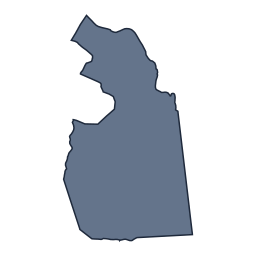 the district of Vanard, Anse-la-Raye, Saint Lucia
{"feature_id": "8701671B51566327672106", "entity_name": "Vanard", "entity_type": "district", "adm_level": 2, "iso_a3": "LCA", "parent_name": "Saint Lucia", "parent_adm1": "Anse-la-Raye", "projection": "mercator", "projection_center": [-60.995, 13.938], "detail": "fine", "context": "isolated", "style": "filled", "palette": "slate", "viewbox_px": 256, "rotation_deg": 0, "n_neighbors": 0, "source": "geoboundaries", "source_scale": "gbopen_adm2", "svg_char_len": 3978}
<svg xmlns="http://www.w3.org/2000/svg" viewBox="0 0 256 256"><path d="M80.5,74.0L90.5,78.4L98.4,81.9L99.1,82.3L99.7,82.6L100.5,83.1L100.8,83.5L101.1,84.1L101.1,84.5L101.2,85.1L101.2,85.4L101.1,85.7L101.0,86.1L101.0,86.4L101.0,86.6L101.0,86.8L101.2,87.1L101.3,87.4L101.5,87.8L101.6,88.1L102.0,88.8L102.1,89.1L102.5,90.0L102.7,90.4L102.8,90.5L102.9,90.8L103.2,91.9L104.4,92.3L106.5,93.1L109.2,94.1L110.2,94.7L113.3,96.5L114.4,99.6L115.0,101.1L115.2,101.8L114.4,109.2L112.0,111.3L110.3,112.8L106.7,115.9L97.8,124.2L84.8,123.9L79.1,121.5L76.7,120.5L76.5,120.4L74.5,119.9L73.3,119.6L73.2,119.6L73.3,120.0L73.4,120.4L73.2,120.7L72.9,121.4L72.7,121.7L72.5,122.1L72.4,122.5L72.5,122.6L72.6,122.8L72.8,123.4L73.0,123.7L73.4,124.9L73.6,125.3L73.8,126.9L73.9,127.3L74.0,127.9L73.8,128.9L73.7,129.8L73.0,131.3L72.8,131.8L72.6,132.1L72.2,132.7L71.6,133.7L70.8,134.7L70.2,135.3L69.8,136.0L69.6,136.4L69.8,137.6L70.3,138.9L70.3,139.1L70.3,139.7L70.2,140.5L69.7,141.7L69.7,142.1L69.8,143.0L69.8,143.5L70.3,144.5L71.3,146.2L71.8,147.0L72.1,147.4L72.1,148.2L72.2,148.7L72.0,149.0L71.5,149.8L70.7,150.9L69.3,152.5L68.8,153.4L68.1,155.8L67.9,156.1L67.5,157.0L67.5,157.9L67.3,159.2L66.8,160.5L66.7,161.0L66.3,161.7L65.6,163.2L65.5,165.2L66.1,167.0L66.3,167.7L66.4,168.1L66.6,168.9L66.3,169.2L65.5,170.1L65.0,171.5L64.9,172.7L64.8,173.3L64.6,174.1L64.4,175.2L64.2,176.8L64.1,177.2L63.8,178.5L63.6,179.1L63.7,179.5L70.0,199.0L79.4,227.7L79.8,229.0L79.9,229.5L91.9,238.8L95.1,239.0L98.2,239.1L101.2,239.4L102.4,239.0L103.2,238.5L106.1,238.7L108.3,239.0L110.7,239.5L113.5,239.6L115.8,239.4L117.5,239.5L119.5,240.0L119.8,240.0L119.8,240.4L120.0,240.2L122.1,239.8L123.2,239.5L124.3,239.3L125.3,239.2L126.6,239.5L129.9,240.6L131.4,240.6L131.7,240.6L132.6,240.2L133.4,239.5L135.2,238.5L136.9,237.6L192.4,234.6L192.3,233.4L192.3,233.2L192.2,232.7L190.2,216.0L189.1,206.6L189.1,206.0L189.0,205.9L189.0,205.7L183.4,158.2L178.1,113.4L177.9,111.3L177.3,110.9L176.7,110.6L176.3,110.3L175.6,109.8L175.7,109.1L175.9,107.8L175.8,106.9L175.8,105.8L175.4,104.2L175.2,103.6L174.8,102.7L174.8,102.3L174.8,101.7L174.9,101.4L174.9,101.1L175.0,100.5L175.0,99.8L175.1,98.0L175.1,97.1L174.7,94.9L174.6,94.6L174.0,93.7L173.1,93.4L172.5,93.5L172.2,93.5L171.5,93.8L171.0,95.0L170.7,95.7L170.7,95.8L170.2,95.9L169.9,95.4L169.8,95.2L169.2,94.5L169.1,94.3L169.0,94.2L168.3,93.4L168.2,93.1L167.5,92.8L167.0,92.5L165.8,92.2L164.4,92.2L163.2,92.4L162.1,92.4L161.7,92.4L161.4,92.4L160.4,91.7L158.5,90.8L157.4,90.2L156.5,89.7L156.3,89.5L155.8,88.9L155.6,88.0L155.4,87.3L155.4,85.4L155.6,83.8L155.7,82.8L155.8,81.9L156.0,80.6L156.3,79.5L156.6,78.6L156.9,77.7L157.2,76.9L157.3,76.2L157.5,75.4L157.5,75.0L157.4,74.3L157.1,74.0L157.6,72.5L157.6,72.2L157.2,69.8L156.8,69.4L156.7,69.2L156.1,69.0L155.9,67.5L155.9,66.9L155.9,66.7L155.8,65.9L155.2,64.0L155.0,63.6L154.8,63.0L154.5,62.8L153.4,61.8L153.1,61.6L152.5,61.1L151.3,60.8L151.0,60.8L150.1,60.3L148.7,58.8L148.3,58.4L146.8,56.1L146.1,55.0L146.1,54.9L146.0,54.7L145.8,53.1L145.7,51.7L144.5,49.2L143.6,47.5L142.4,45.1L140.0,41.4L136.5,35.3L135.0,32.9L133.5,31.3L131.6,29.7L129.5,28.9L128.2,28.7L126.4,28.6L124.7,28.8L122.5,29.7L120.2,30.8L118.1,31.6L116.1,32.4L114.3,32.2L112.7,31.7L110.9,30.8L110.3,29.8L107.6,28.9L105.0,28.3L102.0,27.6L98.3,26.5L96.2,25.3L93.7,22.9L92.0,21.0L88.7,17.7L86.5,15.4L80.5,24.3L80.4,24.5L80.2,24.8L79.9,25.4L79.8,25.5L79.5,26.1L79.4,26.3L79.1,26.8L78.9,27.3L78.6,27.8L78.4,28.0L78.0,28.9L77.4,30.0L77.1,30.5L76.3,31.9L75.8,32.9L75.5,33.4L75.2,33.9L75.1,34.0L72.1,39.0L71.3,40.3L75.1,41.3L77.5,42.5L77.9,43.1L78.4,43.7L79.0,44.3L79.5,44.7L80.2,45.3L81.5,46.5L83.3,47.9L85.8,49.7L86.5,50.2L91.2,54.3L91.9,55.0L92.5,55.7L92.5,56.2L92.6,57.1L92.5,57.8L92.5,58.4L92.1,59.0L92.2,59.5L92.0,60.1L91.6,61.2L90.8,61.7L90.6,61.8L89.2,62.3L87.6,62.9L87.0,63.0L86.5,63.1L86.3,63.3L85.9,63.9L85.8,64.0L84.8,65.8L83.8,68.0L83.4,68.8L82.9,69.9L82.4,70.8L81.9,71.2L81.2,72.1L80.8,72.8L80.5,73.2L80.5,73.9L80.5,74.0Z" fill="#64748b" stroke="#1e293b" stroke-width="1.5"/></svg>